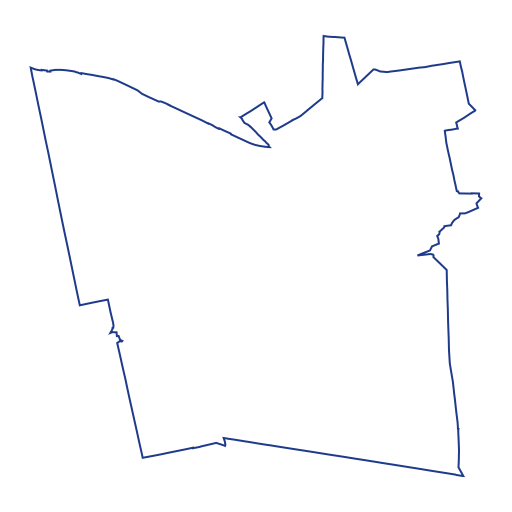 outline of Daudzeses pag., Jaunjelgavas, Latvia
{"feature_id": "27541924B85634825101780", "entity_name": "Daudzeses pag.", "entity_type": "district", "adm_level": 2, "iso_a3": "LVA", "parent_name": "Latvia", "parent_adm1": "Jaunjelgavas", "projection": "orthographic", "projection_center": [25.199, 56.482], "detail": "fine", "context": "isolated", "style": "outline", "palette": "blue", "viewbox_px": 512, "rotation_deg": 0, "n_neighbors": 0, "source": "geoboundaries", "source_scale": "gbopen_adm2", "svg_char_len": 5673}
<svg xmlns="http://www.w3.org/2000/svg" viewBox="0 0 512 512"><path d="M193.5,448.1L199.8,446.9L200.8,446.5L206.8,445.1L216.2,442.9L218.7,443.7L224.5,445.6L225.0,445.9L225.4,444.9L224.9,441.8L223.7,438.0L229.2,438.9L235.5,439.8L243.4,441.1L251.1,442.3L260.0,443.8L268.5,445.1L269.0,445.1L275.7,446.2L280.8,447.0L289.0,448.3L298.7,449.8L307.2,451.1L316.7,452.6L324.1,453.8L329.2,454.6L330.5,454.8L342.4,456.6L343.1,456.7L355.4,458.7L365.2,460.2L374.6,461.7L382.5,463.0L392.2,464.5L401.0,465.9L409.8,467.3L421.7,469.2L431.4,470.8L440.3,472.2L448.6,473.5L455.4,474.6L456.5,475.0L462.0,475.9L463.3,476.0L458.5,467.3L458.8,460.4L459.0,450.2L458.7,442.1L458.2,430.4L458.3,430.4L458.3,429.3L458.2,429.0L458.3,428.9L457.9,428.7L457.9,427.3L457.6,422.6L456.1,410.5L454.8,398.5L454.2,393.9L453.6,388.3L452.8,381.3L450.8,369.6L449.8,363.4L449.0,350.6L448.7,338.1L448.1,322.3L447.8,308.2L447.5,300.7L447.3,291.0L446.9,280.2L446.7,270.0L441.2,264.6L433.4,257.1L433.6,255.7L433.1,254.6L430.3,254.0L427.1,254.4L417.4,255.5L422.2,253.5L429.9,250.5L430.5,249.4L432.0,246.4L434.2,245.5L435.3,245.0L437.8,244.0L438.9,243.6L438.4,239.3L438.0,237.8L437.2,236.0L439.2,234.3L439.7,231.9L439.5,231.7L441.4,230.0L442.3,229.1L442.9,228.6L443.4,228.2L443.8,227.7L444.2,227.3L444.3,227.1L444.3,226.9L444.4,226.2L446.3,225.9L447.9,225.7L449.9,225.4L451.0,225.3L451.2,225.0L451.2,224.8L451.4,224.5L451.8,223.5L452.2,222.7L452.4,222.5L452.9,221.8L453.3,221.3L454.0,220.4L454.3,220.0L454.6,219.8L455.5,219.2L456.5,218.5L457.5,217.9L458.4,217.4L458.6,217.2L458.9,216.9L459.0,216.5L459.2,216.0L459.7,214.8L459.8,214.4L460.1,213.4L464.9,213.4L467.9,212.3L468.4,212.1L469.3,211.7L475.4,209.0L478.1,207.8L476.8,204.7L476.8,204.4L476.5,203.3L481.3,198.3L479.0,196.5L479.1,193.5L471.8,193.3L471.8,193.6L464.7,193.5L459.3,193.4L458.2,191.9L458.1,191.4L456.8,191.1L456.0,187.6L455.5,185.0L454.8,182.1L454.4,180.4L454.1,178.7L453.5,175.5L453.0,173.3L453.0,173.1L452.8,172.7L452.2,170.2L452.1,169.9L451.5,167.0L450.2,160.7L449.7,158.3L449.5,157.3L449.0,155.4L447.7,149.5L446.3,142.6L445.8,138.3L445.5,136.0L444.9,131.8L444.8,130.8L445.7,130.5L446.9,130.3L448.6,130.0L449.0,129.9L449.8,129.9L450.4,129.8L450.8,129.8L453.1,129.4L454.2,129.2L456.0,128.8L457.8,128.6L457.2,126.7L457.0,125.6L456.2,122.5L457.6,121.6L463.9,117.9L470.6,113.4L475.2,110.6L475.3,110.2L474.2,109.2L470.0,104.9L468.8,103.7L468.2,100.8L467.4,96.9L466.3,91.6L465.6,88.3L465.2,86.4L464.0,80.9L463.5,78.3L463.3,77.5L462.9,75.5L462.4,72.8L462.2,71.7L462.1,71.4L462.0,71.0L460.8,66.3L459.8,61.4L449.3,63.0L443.6,64.0L442.4,64.2L439.6,64.6L432.9,65.6L432.0,65.7L425.2,67.1L419.4,67.6L415.2,68.2L410.4,68.9L407.6,69.3L403.4,69.9L399.3,70.5L395.1,71.0L391.0,71.5L387.0,72.1L383.0,71.7L380.3,71.5L376.1,69.8L375.8,69.8L375.6,69.6L373.5,69.4L369.0,73.7L365.7,76.8L365.1,77.4L361.5,80.8L360.3,81.9L357.9,84.3L357.3,82.2L357.2,81.8L356.1,78.2L355.2,75.1L353.9,70.4L353.4,68.8L352.8,66.7L350.9,59.9L349.6,55.6L349.0,53.7L348.5,51.7L345.5,41.3L345.4,41.0L344.5,37.7L341.2,37.5L334.0,36.9L333.3,37.0L330.4,36.8L327.6,36.6L326.4,36.4L324.0,36.1L323.6,36.0L323.5,38.5L323.5,43.1L323.3,46.9L323.1,54.7L323.0,61.7L322.8,64.2L322.8,68.8L322.7,73.5L322.7,79.2L322.5,84.2L322.5,85.4L322.5,86.8L322.4,88.6L322.5,90.4L322.5,93.6L322.4,94.8L322.4,95.4L322.3,95.9L322.4,98.0L319.5,100.4L314.8,104.2L311.2,107.2L307.0,110.6L306.8,110.9L305.8,111.7L300.4,116.1L296.1,118.5L292.9,119.9L293.0,120.0L292.8,120.1L288.9,122.4L283.5,125.5L277.6,128.7L276.9,129.2L276.0,129.5L274.0,129.5L273.5,129.4L273.5,129.2L271.3,125.2L269.3,122.4L271.6,118.4L270.1,115.1L268.6,111.9L266.9,108.3L265.3,104.7L264.3,102.4L264.2,102.3L261.2,104.2L250.7,111.1L247.0,113.3L246.5,113.6L241.7,116.6L240.5,117.3L240.4,117.3L241.3,118.1L242.0,118.9L242.6,120.2L244.4,122.9L248.5,125.0L249.1,125.6L250.0,126.5L250.2,126.4L251.3,127.5L252.2,128.4L254.4,130.6L255.4,131.6L256.6,132.9L256.9,133.3L257.4,133.8L258.4,134.9L259.2,135.6L261.2,137.5L262.1,138.5L262.7,139.1L263.1,139.6L263.7,140.2L264.0,140.4L264.8,141.0L265.4,141.6L265.6,141.9L265.9,142.3L266.1,142.5L266.3,142.7L267.0,143.3L267.6,143.9L268.2,144.4L268.5,144.7L268.5,144.8L268.8,145.8L268.8,146.1L268.9,146.3L269.0,146.6L269.5,147.1L268.3,147.1L266.9,146.9L264.5,146.7L262.0,146.3L259.4,145.9L254.4,144.7L249.7,143.0L240.4,138.7L230.9,134.3L230.8,133.6L224.3,130.7L219.2,128.3L218.9,128.9L215.5,127.2L212.0,125.0L208.3,123.3L208.2,123.6L201.6,120.2L190.5,115.1L183.6,111.9L177.0,108.8L168.9,105.1L169.1,104.9L165.2,103.1L160.8,101.4L158.8,101.6L148.2,96.8L142.0,93.8L137.6,90.4L131.6,87.5L126.0,84.8L117.0,80.6L113.4,79.2L113.3,79.5L109.1,78.2L106.4,77.6L102.8,76.9L99.2,76.3L91.4,74.8L87.9,74.3L81.3,73.1L81.2,73.9L78.2,72.8L77.9,72.5L75.8,72.1L75.0,71.6L71.5,71.0L65.6,70.2L61.2,69.9L55.3,69.9L50.4,70.6L50.4,71.6L47.2,71.5L47.1,70.6L41.7,69.9L41.7,70.4L40.2,70.3L37.0,69.8L34.4,69.1L30.7,67.6L32.4,76.6L33.5,81.6L36.0,93.5L38.4,105.3L40.9,117.0L43.3,128.8L45.7,140.6L48.2,152.3L50.6,164.1L53.0,175.9L55.4,187.6L57.7,199.2L59.8,209.5L62.0,220.3L64.6,232.8L67.2,244.9L69.7,256.9L72.2,269.0L74.7,281.1L77.2,293.2L79.8,305.3L89.7,303.2L99.6,301.2L107.9,299.6L110.5,312.0L112.9,322.0L113.1,322.6L113.1,322.9L113.5,325.4L113.3,327.7L112.6,327.9L112.4,328.1L112.6,328.7L111.3,331.5L110.8,331.9L110.7,332.4L110.4,332.9L111.2,332.6L111.9,332.3L112.5,332.2L116.5,332.3L116.9,336.1L118.6,336.0L120.1,339.9L122.3,340.9L121.8,341.5L119.7,341.2L117.2,343.0L119.9,354.8L122.5,366.6L125.2,378.3L125.3,378.7L127.0,386.8L129.2,397.1L131.5,407.4L134.2,419.5L136.9,431.5L139.3,442.7L141.7,453.1L142.7,457.8L153.9,455.7L161.2,454.3L169.2,452.6L177.1,451.0L185.1,449.4L193.0,447.7L193.0,448.2L193.5,448.1Z" fill="none" stroke="#1e3a8a" stroke-width="2"/></svg>